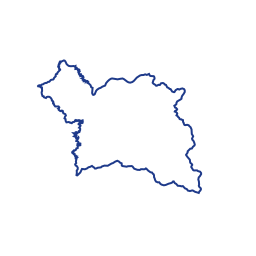 Lloró, Chocó, Colombia, rotated 61°
{"feature_id": "7082276B18686190591622", "entity_name": "Lloró", "entity_type": "district", "adm_level": 2, "iso_a3": "COL", "parent_name": "Colombia", "parent_adm1": "Chocó", "projection": "robinson", "projection_center": [-76.448, 5.585], "detail": "fine", "context": "isolated", "style": "outline", "palette": "blue", "viewbox_px": 256, "rotation_deg": 61, "n_neighbors": 0, "source": "geoboundaries", "source_scale": "gbopen_adm2", "svg_char_len": 5824}
<svg xmlns="http://www.w3.org/2000/svg" viewBox="0 0 256 256"><g transform="rotate(61 128 128)"><path d="M144.2,195.9L144.8,195.5L144.8,195.0L143.8,191.3L141.5,188.1L143.2,185.7L143.5,183.6L143.2,181.6L143.6,180.1L143.7,177.9L145.3,177.3L145.9,176.9L147.4,176.6L147.9,175.7L148.1,173.7L149.3,170.8L149.0,169.4L149.5,166.8L151.2,164.0L151.1,159.5L151.4,158.3L151.2,155.4L151.5,153.2L153.1,152.1L154.4,151.8L155.8,150.7L157.8,151.6L158.5,151.4L161.2,147.9L161.4,146.6L163.1,143.2L163.9,142.7L166.6,142.3L169.1,140.1L170.4,138.0L170.3,136.7L172.0,133.7L172.2,133.0L172.0,132.0L172.4,131.7L175.1,131.0L177.6,129.8L178.7,128.5L180.0,128.5L180.9,128.0L182.0,128.2L183.8,129.1L185.0,129.1L186.4,129.5L188.4,129.5L190.0,128.3L190.6,127.0L192.7,126.7L193.9,126.0L195.5,124.4L196.1,122.6L196.4,119.5L197.0,117.2L197.1,115.9L196.6,114.5L196.9,113.9L198.9,113.8L200.4,112.9L202.6,112.5L204.0,110.4L204.9,109.6L205.4,108.2L208.5,107.4L209.9,106.2L211.7,106.0L213.2,104.4L213.7,102.2L214.1,101.6L216.3,100.3L219.1,97.6L218.2,96.5L217.7,94.9L216.8,93.8L215.9,93.6L214.1,94.2L212.9,94.1L211.9,93.2L209.1,91.9L207.2,91.5L205.5,90.1L205.0,88.5L203.8,86.4L202.8,85.9L201.2,86.1L199.6,87.7L198.5,88.2L197.1,90.9L196.4,91.4L192.8,91.6L192.3,91.2L191.4,89.7L190.1,89.7L189.0,90.3L188.2,90.3L185.7,89.3L182.4,90.0L180.0,90.3L179.6,90.2L178.4,87.8L177.3,87.1L176.3,83.6L176.9,82.1L175.9,80.3L175.5,78.3L174.8,77.6L172.6,77.1L170.8,77.0L169.5,77.4L168.4,77.2L166.8,75.0L164.2,75.1L160.0,73.1L157.6,72.9L156.3,73.4L155.0,73.6L153.9,74.7L153.2,76.6L152.7,77.1L151.2,77.1L150.4,76.8L149.4,76.9L147.8,76.1L147.3,76.7L146.4,77.0L145.8,78.0L145.1,78.5L143.8,78.3L142.9,78.8L141.7,78.8L140.5,79.5L139.4,78.0L138.5,77.9L137.3,78.3L136.3,79.1L136.0,78.7L135.9,76.7L135.4,75.9L133.8,76.2L132.9,76.9L131.0,76.7L130.7,74.3L129.4,73.3L128.6,72.1L128.5,67.9L128.3,67.0L127.3,66.4L126.1,65.0L125.2,62.9L124.0,60.9L122.5,60.1L121.2,60.1L119.8,61.2L119.3,62.9L119.2,64.6L118.4,65.1L117.9,65.8L118.0,68.0L119.1,70.0L118.8,70.6L117.5,71.7L114.6,71.9L114.0,72.7L112.6,73.1L111.5,74.0L108.7,73.9L107.8,74.8L106.9,74.8L105.6,75.6L104.9,77.4L105.8,79.3L105.0,80.4L105.0,82.1L104.7,82.9L103.7,83.1L101.5,84.3L100.4,84.5L98.4,82.5L98.0,81.2L97.3,80.6L95.6,80.2L95.0,80.6L93.5,83.0L92.7,83.5L90.9,83.4L90.7,85.8L89.4,87.0L89.2,88.7L88.2,90.6L87.9,92.2L88.2,95.9L89.6,99.9L89.9,101.9L89.4,104.1L88.4,105.3L87.3,106.1L83.4,107.8L82.1,108.7L81.3,110.7L80.4,113.5L77.1,117.7L76.7,118.7L76.7,120.7L77.3,123.2L78.2,125.5L79.8,127.4L79.4,130.4L79.6,132.5L79.3,134.0L79.5,136.4L80.0,137.8L82.3,140.7L82.4,141.9L82.1,142.4L81.7,142.6L80.0,142.4L75.7,139.5L74.5,140.4L72.5,140.0L70.4,140.6L68.6,141.7L68.0,141.2L68.1,140.5L67.2,140.7L66.9,141.5L66.4,142.0L66.6,142.4L66.0,142.1L65.6,142.4L65.9,143.1L65.7,143.8L65.2,143.4L64.9,143.8L64.5,143.2L63.8,144.1L63.2,143.4L62.3,144.1L62.4,143.3L61.2,143.0L61.6,142.3L61.0,142.2L60.3,142.5L59.6,144.2L59.1,143.4L58.5,143.2L58.2,144.1L57.8,143.7L57.4,144.6L56.9,144.7L56.5,144.4L55.8,144.4L55.6,143.9L55.1,144.1L54.9,142.7L53.5,142.7L53.3,142.4L52.9,142.6L53.1,143.8L52.7,143.8L52.2,143.4L51.7,143.7L50.8,143.7L50.8,144.4L51.2,144.7L50.9,145.4L50.3,145.0L50.2,144.6L49.9,144.6L50.0,144.1L49.1,144.4L48.3,143.9L48.2,145.0L47.5,145.4L46.3,148.0L45.1,149.6L44.0,150.2L42.4,150.7L39.4,150.5L38.3,150.8L37.8,151.4L37.6,154.0L36.9,155.1L37.2,155.7L37.7,155.2L38.1,155.3L38.5,156.7L39.0,157.0L38.8,157.3L39.1,157.4L39.1,158.0L39.4,158.4L40.2,158.4L40.4,158.9L40.7,158.7L40.9,159.3L41.8,159.0L42.8,159.6L43.2,159.3L43.5,159.5L43.9,159.0L44.2,159.1L45.4,162.9L46.3,163.6L46.0,164.9L46.8,165.8L47.7,166.1L48.3,168.3L49.2,169.4L49.3,170.1L48.9,170.9L48.6,172.3L49.4,174.4L48.9,175.5L49.1,177.4L48.6,178.3L48.4,180.0L48.6,181.1L48.2,182.3L48.5,183.2L47.6,184.9L47.5,186.0L47.7,186.4L48.0,186.4L49.0,184.9L50.1,184.7L50.5,183.8L50.8,183.6L54.0,185.2L54.8,186.2L56.5,186.9L58.7,187.3L59.4,186.4L60.4,186.6L62.0,185.2L61.5,184.0L61.8,182.9L62.7,181.6L64.0,181.0L66.1,180.8L67.1,181.3L68.3,180.6L69.3,180.7L69.6,181.4L70.3,181.7L71.3,181.1L72.2,181.5L73.9,181.2L75.5,178.3L76.6,178.1L76.9,178.7L77.5,179.0L77.4,179.6L78.0,179.4L78.6,179.8L80.4,179.0L80.6,177.6L81.2,176.9L81.6,176.8L81.8,177.4L82.5,177.2L83.8,177.4L85.5,176.1L87.0,176.3L87.5,177.5L88.8,178.9L90.0,178.3L91.5,179.1L93.2,179.1L94.1,176.8L95.5,176.0L95.5,175.4L96.5,174.8L96.1,173.1L96.6,172.0L96.3,171.0L96.5,170.6L95.7,170.5L95.7,169.7L96.1,169.4L96.4,170.1L96.6,169.3L97.1,169.6L96.8,169.1L97.4,168.6L97.0,168.2L97.3,167.1L98.0,166.4L98.5,166.4L98.7,167.1L99.0,167.2L99.7,166.7L99.8,166.3L99.1,165.4L99.3,164.0L99.6,164.1L99.7,164.9L100.7,164.6L101.5,165.3L101.4,166.1L100.4,166.7L101.0,167.6L100.8,168.0L100.2,168.3L100.6,169.4L100.9,169.4L101.5,168.4L102.3,168.7L103.1,168.5L104.0,170.6L104.6,170.1L105.2,170.1L106.5,170.8L108.0,172.5L107.9,172.9L107.1,173.0L108.0,174.7L108.2,175.7L108.1,176.0L107.3,175.3L106.5,175.3L106.3,175.9L107.1,176.7L106.2,178.1L108.0,177.6L108.4,177.0L108.9,176.9L109.1,179.2L109.5,178.9L110.1,177.4L110.6,178.1L111.6,178.3L111.6,177.8L112.3,177.2L112.0,175.9L112.5,176.0L112.9,176.5L112.9,177.5L113.6,177.6L113.9,179.2L114.3,179.5L114.7,178.8L115.2,178.8L115.9,178.2L117.2,178.7L117.6,178.2L118.2,178.2L118.3,177.4L118.5,177.2L119.1,177.5L119.4,178.2L119.9,178.2L119.9,178.5L119.5,179.2L118.0,179.5L117.6,180.0L118.6,180.8L119.8,180.8L121.2,181.8L120.8,183.0L121.9,184.4L121.9,185.1L121.3,186.0L121.5,186.6L121.9,186.4L122.4,187.2L121.8,187.9L122.1,188.6L122.8,188.7L122.9,188.4L123.5,188.3L123.6,187.8L124.2,187.7L124.6,188.0L124.9,187.5L125.2,187.8L125.9,187.6L126.8,187.0L127.2,186.9L127.5,187.3L128.0,186.7L128.3,187.5L127.8,188.0L128.9,188.1L129.3,187.4L129.6,188.5L130.2,188.2L132.0,189.8L133.6,190.3L134.1,191.8L135.4,192.0L136.6,191.2L138.4,191.2L139.7,192.0L140.4,193.5L142.6,194.6L144.2,195.9Z" fill="none" stroke="#1e3a8a" stroke-width="2"/></g></svg>